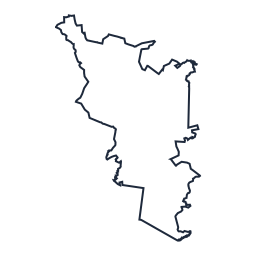 the district of Grundzāles pag., Smiltenes, Latvia
{"feature_id": "27541924B22887271928522", "entity_name": "Grundzāles pag.", "entity_type": "district", "adm_level": 2, "iso_a3": "LVA", "parent_name": "Latvia", "parent_adm1": "Smiltenes", "projection": "albers", "projection_center": [26.243, 57.466], "detail": "fine", "context": "isolated", "style": "outline", "palette": "slate", "viewbox_px": 256, "rotation_deg": 0, "n_neighbors": 0, "source": "geoboundaries", "source_scale": "gbopen_adm2", "svg_char_len": 5702}
<svg xmlns="http://www.w3.org/2000/svg" viewBox="0 0 256 256"><path d="M107.3,159.5L109.6,158.0L111.6,156.9L113.7,156.1L116.0,155.5L117.6,157.5L117.5,157.8L117.3,158.1L116.6,158.6L116.2,158.7L115.7,159.5L116.1,159.9L115.9,161.2L119.1,162.7L120.9,161.2L121.0,161.5L120.6,165.8L120.7,166.5L120.5,167.0L119.7,168.0L118.1,168.8L118.1,169.8L118.2,170.3L118.2,170.6L117.4,170.8L117.4,171.2L117.9,171.9L117.1,172.4L116.6,172.9L116.7,173.1L117.6,173.7L117.7,174.0L117.5,174.5L117.6,174.9L117.6,175.1L116.4,175.6L115.7,175.5L115.7,175.9L116.1,176.7L115.9,176.9L115.1,177.0L115.0,177.3L115.1,177.5L116.0,177.4L116.2,177.6L116.0,178.1L116.7,178.5L116.3,178.9L115.9,178.6L115.8,178.8L115.9,179.1L115.5,179.6L115.2,179.7L114.7,179.5L114.5,179.8L114.5,180.0L114.2,179.9L114.1,180.0L114.3,180.1L114.1,180.4L114.5,180.9L114.4,181.0L114.0,180.8L114.1,181.0L115.4,181.8L115.7,182.2L117.8,184.1L120.0,185.2L119.5,182.5L122.2,181.8L122.4,185.0L143.5,188.1L139.4,219.6L141.2,219.9L177.5,240.5L177.8,240.5L177.8,240.2L178.0,240.1L178.5,240.3L178.7,239.9L179.0,240.1L178.9,240.6L179.2,240.6L179.5,240.4L179.6,240.0L179.4,239.5L180.1,239.5L180.3,239.7L180.4,239.4L180.2,239.2L180.3,239.1L180.7,239.1L180.7,239.6L180.9,239.8L181.3,239.4L181.2,238.7L182.0,238.6L182.0,238.3L181.7,237.9L181.8,237.7L182.4,238.1L182.7,238.1L182.8,237.6L183.1,237.4L183.2,237.8L183.5,237.9L183.8,237.2L184.1,237.0L184.5,237.2L184.9,237.2L185.0,237.0L185.0,236.5L185.3,236.3L186.2,236.8L185.8,237.0L186.4,236.9L186.4,236.3L186.6,236.0L186.2,235.9L186.5,235.6L186.8,235.9L187.2,235.5L187.5,235.6L187.3,236.1L187.5,236.3L188.4,235.6L188.7,235.2L188.3,235.1L188.6,235.0L189.1,235.3L189.7,234.4L189.2,234.4L189.3,234.2L189.7,234.0L189.5,233.4L189.4,233.4L189.8,233.2L190.0,233.5L190.2,233.4L190.0,233.1L189.7,232.9L189.7,232.7L190.1,232.3L190.3,232.5L190.4,232.8L190.6,232.4L190.6,232.0L190.5,231.9L190.4,231.2L189.9,231.1L189.0,231.7L187.9,231.9L184.5,231.0L183.1,232.3L180.6,231.3L178.8,231.4L178.1,230.7L177.6,229.4L178.0,228.4L178.2,227.2L175.4,216.6L175.6,215.9L176.0,215.3L177.8,213.1L181.1,211.5L182.4,210.0L182.2,208.8L181.5,207.3L181.5,206.9L185.2,206.6L188.3,207.6L190.4,205.9L189.9,204.7L186.2,205.0L186.1,204.3L186.3,203.4L185.6,202.9L185.6,202.0L184.5,201.4L183.9,201.7L183.1,201.2L184.2,198.6L185.2,198.4L186.2,197.9L186.5,197.9L186.9,194.8L187.7,193.4L188.2,193.0L189.1,192.9L189.6,192.4L189.9,191.1L189.9,190.4L189.6,189.8L189.4,189.1L189.0,188.4L188.8,187.2L188.5,186.5L188.6,185.9L188.3,185.2L188.4,184.1L189.2,182.7L190.3,182.0L192.9,181.0L193.2,179.0L193.1,178.7L193.5,178.6L195.3,177.0L196.0,176.7L198.9,176.7L200.0,175.8L199.9,175.6L192.8,170.2L190.8,168.8L189.6,163.8L187.0,162.6L181.6,161.8L176.9,164.7L176.1,165.7L175.8,165.7L171.3,159.8L171.0,159.2L170.7,159.1L178.6,155.4L178.8,151.9L178.2,150.4L177.1,147.9L176.4,146.6L175.6,141.4L184.6,142.0L185.0,140.5L184.3,138.4L185.8,137.8L187.4,138.6L187.9,139.9L190.5,137.7L191.4,138.3L192.6,138.4L192.9,138.2L192.8,137.9L192.1,137.2L192.2,136.9L193.5,137.4L194.3,137.3L194.6,137.1L195.0,136.7L195.1,135.6L195.6,134.6L195.7,134.4L195.5,133.7L195.3,133.5L192.2,132.4L192.0,130.3L198.4,129.1L197.3,125.3L188.3,127.7L189.2,87.8L189.1,87.5L189.0,87.0L188.8,86.5L189.2,86.0L189.0,85.5L189.1,84.8L189.0,84.2L189.3,83.0L189.3,82.8L188.6,82.2L188.5,81.9L188.6,81.4L186.8,80.8L186.6,80.4L186.5,80.0L186.0,79.7L186.3,79.1L186.2,78.6L186.2,78.2L186.4,77.8L186.6,77.0L187.1,76.6L186.7,76.1L186.9,75.9L188.7,75.4L189.2,75.0L190.0,73.8L189.7,73.4L191.0,72.4L192.4,72.4L193.9,71.7L194.9,71.6L194.4,69.8L194.6,69.1L194.2,68.4L193.8,68.5L193.6,67.6L193.1,67.2L193.4,66.6L193.1,66.0L193.2,65.0L192.9,64.6L193.3,63.9L193.8,63.8L194.4,64.1L194.5,64.5L196.4,64.7L196.7,64.2L195.3,63.6L194.7,63.2L194.8,62.4L194.2,62.3L194.0,61.7L192.6,62.0L192.7,62.5L192.5,63.1L191.6,62.6L191.6,61.8L191.9,61.3L190.9,61.5L190.7,60.6L190.4,60.8L188.6,60.8L187.3,60.5L187.1,60.3L186.3,61.5L184.6,62.5L184.2,62.9L183.6,62.6L182.8,62.9L181.8,63.9L180.8,64.4L180.1,65.8L179.7,66.2L177.3,67.9L175.2,65.7L179.6,63.8L176.9,61.6L172.1,59.6L169.3,63.6L163.9,66.0L162.9,70.2L162.2,69.6L158.8,74.0L157.2,72.9L147.9,65.9L147.3,65.8L144.9,70.2L142.3,69.1L139.0,61.8L139.9,57.0L141.4,49.5L141.8,49.2L148.1,48.6L148.6,48.1L149.1,46.2L149.5,45.7L150.1,45.3L151.5,45.1L152.5,44.7L153.0,44.1L153.5,43.1L154.9,41.7L154.2,40.9L141.8,43.3L136.6,45.9L135.7,46.3L135.7,46.5L134.4,46.7L133.5,46.0L128.4,44.4L125.3,43.2L124.3,38.6L121.7,38.0L121.8,37.9L117.0,36.5L114.4,35.9L108.8,34.4L108.0,36.0L103.2,39.2L102.3,43.6L97.7,42.6L97.2,42.2L96.7,42.2L96.5,42.3L87.2,40.3L86.1,38.9L85.5,37.6L84.6,32.7L83.4,32.9L83.5,33.3L82.1,32.0L81.6,25.1L76.9,25.6L75.6,23.5L74.6,19.3L74.0,15.5L71.5,15.9L68.9,15.4L68.9,16.5L66.2,17.3L64.1,17.1L64.2,22.4L61.4,22.8L57.5,24.8L57.1,25.3L56.4,26.5L56.0,26.9L56.0,27.2L59.1,28.6L60.9,30.0L61.3,32.1L62.4,33.8L62.7,34.1L64.1,34.2L64.8,34.5L66.5,35.8L66.6,36.0L66.2,36.9L66.3,39.6L66.5,39.9L67.0,40.1L68.0,40.2L69.9,41.5L70.8,41.9L71.9,43.2L73.4,44.3L73.7,44.2L73.7,45.8L73.5,47.1L73.9,48.6L75.6,50.2L75.7,51.9L74.9,52.9L76.5,57.7L77.8,61.1L78.6,62.2L80.2,62.3L81.0,63.1L80.0,63.9L79.3,65.2L80.3,67.1L84.1,69.9L84.1,73.0L84.6,76.5L88.3,81.8L87.2,83.6L84.2,88.1L82.2,93.9L80.3,97.7L78.7,98.7L76.8,100.3L76.3,100.8L75.9,101.8L81.2,103.6L84.8,109.6L88.4,112.6L89.6,117.9L100.2,122.3L101.3,122.4L102.6,123.6L103.5,123.9L104.1,123.9L111.6,126.8L113.2,126.6L114.1,127.9L115.5,128.7L115.8,129.2L115.9,129.8L115.5,130.4L115.4,132.0L114.0,139.1L115.5,142.2L115.4,145.0L115.1,145.5L113.0,147.8L111.3,150.4L109.1,150.5L109.1,151.2L108.2,151.3L108.4,151.9L108.1,152.5L107.7,152.9L107.2,154.3L107.6,154.7L107.2,155.3L106.8,155.7L106.7,156.4L106.3,157.1L106.6,158.9L107.3,159.5Z" fill="none" stroke="#1e293b" stroke-width="2"/></svg>